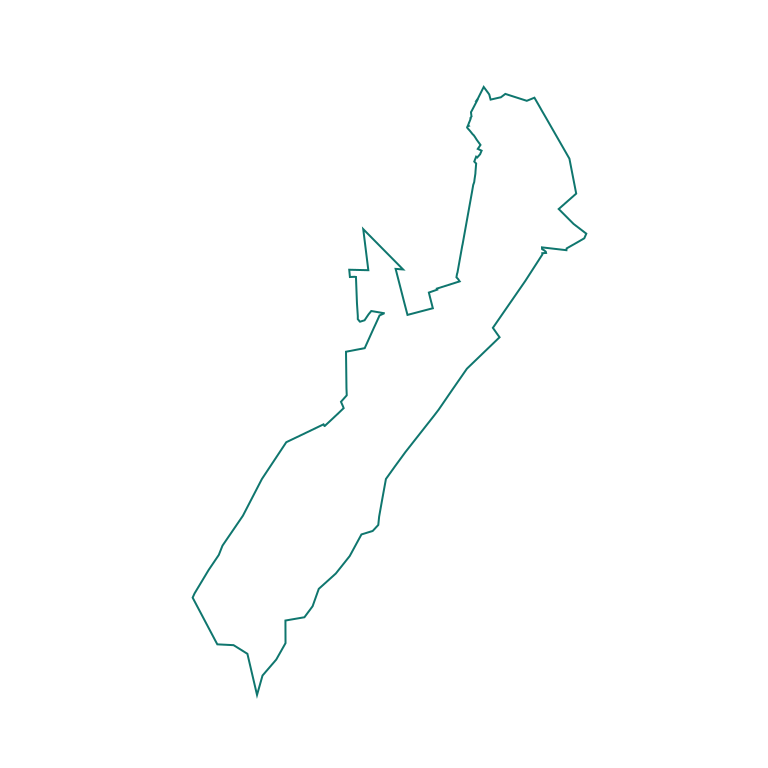 the district of Nadadores, Coahuila, Mexico, rotated 243°
{"feature_id": "50627088B48851178167120", "entity_name": "Nadadores", "entity_type": "district", "adm_level": 2, "iso_a3": "MEX", "parent_name": "Mexico", "parent_adm1": "Coahuila", "projection": "albers", "projection_center": [-101.682, 27.231], "detail": "fine", "context": "isolated", "style": "outline", "palette": "teal", "viewbox_px": 768, "rotation_deg": 243, "n_neighbors": 0, "source": "geoboundaries", "source_scale": "gbopen_adm2", "svg_char_len": 2542}
<svg xmlns="http://www.w3.org/2000/svg" viewBox="0 0 768 768"><g transform="rotate(243 384 384)"><path d="M164.6,129.7L179.4,143.4L187.4,162.9L197.8,178.6L218.0,188.8L212.3,207.2L218.4,219.5L231.1,232.9L237.0,255.0L246.3,275.4L260.2,295.6L258.2,307.2L261.0,314.9L268.1,319.5L282.5,330.4L296.0,340.7L298.5,342.6L305.6,356.3L313.7,372.3L320.3,386.6L333.1,414.3L336.3,421.0L347.9,442.3L359.5,463.9L360.0,464.8L373.2,508.2L376.3,507.7L384.6,506.5L411.8,556.9L412.1,557.4L427.5,583.9L428.7,584.4L427.2,587.9L428.4,588.2L430.4,587.4L431.6,586.6L432.2,586.2L432.5,586.1L434.0,586.8L420.4,607.3L421.9,608.3L422.6,623.5L422.7,624.6L422.7,625.2L422.9,628.6L426.1,632.5L440.5,625.6L447.0,623.5L460.6,619.1L466.4,641.7L500.6,651.5L537.1,649.7L547.4,649.2L556.4,648.7L559.3,648.6L570.8,648.0L571.5,639.8L583.3,627.9L583.8,627.4L587.4,623.8L587.3,623.4L586.5,618.9L586.4,618.2L586.7,617.3L588.9,608.5L589.0,608.1L591.4,608.6L594.1,609.2L595.1,609.1L603.4,607.7L599.5,602.4L595.8,597.4L594.6,595.2L594.4,595.8L587.7,586.4L586.7,584.9L583.5,583.7L582.7,583.5L581.8,581.8L581.7,581.7L581.3,581.8L581.2,581.8L580.9,581.5L580.5,581.0L580.1,580.6L579.7,580.2L579.3,579.7L578.9,579.2L578.5,578.8L578.2,578.3L577.7,577.9L577.3,577.4L576.9,577.0L576.6,576.6L576.4,576.4L575.5,576.7L575.6,575.3L574.8,574.5L574.6,574.5L572.8,574.9L571.0,575.4L566.2,576.4L564.9,576.9L562.7,577.2L559.4,577.5L554.5,578.3L553.2,578.5L550.9,574.3L547.6,576.9L545.5,574.4L545.1,574.0L544.6,572.7L543.5,569.9L544.7,569.3L541.2,565.4L538.6,566.2L531.8,562.0L529.9,560.9L525.7,557.9L522.9,556.0L520.8,553.8L520.5,553.6L515.3,549.7L472.2,517.0L472.1,516.8L471.8,516.6L450.0,500.1L448.9,499.0L446.2,497.0L445.1,497.3L444.2,497.6L443.0,497.8L442.3,497.8L441.1,498.0L444.9,475.0L445.0,474.4L443.9,474.3L445.1,465.5L440.5,464.4L433.3,462.8L429.3,461.9L430.1,458.4L434.9,436.3L446.8,438.9L478.5,446.0L481.3,446.6L479.7,449.3L479.5,449.5L477.4,453.0L531.4,435.8L492.5,421.7L501.6,404.9L494.8,402.2L493.0,406.2L492.1,407.6L468.3,396.6L456.4,391.5L453.7,390.1L452.8,390.3L452.4,390.4L451.7,390.6L451.1,390.6L450.4,390.9L449.6,395.6L453.1,401.9L454.8,405.8L447.2,416.0L446.9,415.8L447.1,411.1L446.5,410.4L443.3,406.4L440.6,403.0L438.5,400.3L424.7,383.1L430.0,364.8L397.2,348.6L391.1,345.8L390.8,345.6L387.7,337.6L382.6,337.3L380.8,337.1L378.8,330.5L373.5,312.1L373.7,311.9L375.5,311.8L376.5,270.5L354.8,232.1L330.7,198.5L313.3,166.7L306.7,159.2L297.9,143.3L283.4,120.1L280.5,116.5L232.5,117.2L227.7,117.3L219.6,131.4L205.6,139.8L164.6,129.7Z" fill="none" stroke="#0f766e" stroke-width="2"/></g></svg>